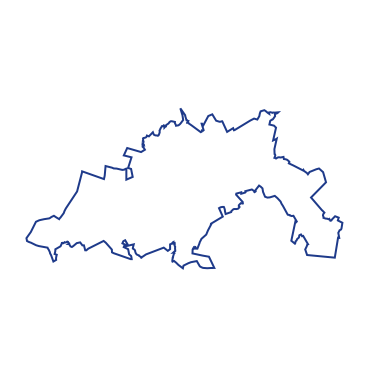 outline of Comitán de Domínguez, Chiapas, Mexico, rotated 281°
{"feature_id": "50627088B76182298000457", "entity_name": "Comitán de Domínguez", "entity_type": "district", "adm_level": 2, "iso_a3": "MEX", "parent_name": "Mexico", "parent_adm1": "Chiapas", "projection": "mercator", "projection_center": [-92.173, 16.291], "detail": "fine", "context": "isolated", "style": "outline", "palette": "blue", "viewbox_px": 384, "rotation_deg": 281, "n_neighbors": 0, "source": "geoboundaries", "source_scale": "gbopen_adm2", "svg_char_len": 6038}
<svg xmlns="http://www.w3.org/2000/svg" viewBox="0 0 384 384"><g transform="rotate(281 192 192)"><path d="M286.7,261.5L285.7,258.1L285.5,256.4L285.1,256.0L285.3,253.8L284.7,252.3L284.4,252.4L283.5,252.8L284.1,251.4L284.3,251.3L284.4,250.8L285.6,248.7L286.1,247.4L284.3,244.0L282.2,243.6L279.3,243.6L275.6,242.3L275.9,238.9L273.2,235.5L260.9,222.0L260.6,221.4L262.5,220.2L257.7,215.0L267.2,208.2L267.1,207.8L266.4,206.4L266.2,205.6L266.6,202.1L272.1,197.1L269.7,193.5L259.3,190.3L261.0,188.8L260.9,188.4L255.9,191.1L254.9,191.2L254.8,191.5L254.3,191.2L254.3,190.0L253.2,190.1L252.4,189.2L257.4,178.7L259.3,174.3L259.2,174.0L259.3,174.0L259.8,174.9L260.2,174.6L261.0,174.8L261.0,174.2L261.5,173.6L261.4,172.9L265.4,170.8L266.0,170.7L271.9,164.6L265.5,168.0L261.0,169.6L257.1,167.7L256.0,167.0L254.9,166.0L254.0,163.7L254.5,163.5L256.5,162.0L257.5,161.9L257.6,159.0L257.5,157.9L257.2,157.4L256.2,156.5L255.6,156.3L254.6,155.7L253.0,154.1L252.4,153.8L251.4,153.9L250.9,153.2L249.9,152.6L251.8,152.1L251.7,151.7L251.9,151.5L251.1,150.9L251.0,150.1L250.8,149.8L250.1,149.7L248.2,148.9L247.1,148.8L246.2,148.4L244.6,148.9L243.8,148.8L243.1,148.8L242.5,148.6L241.6,148.5L241.0,148.2L240.7,147.7L240.9,147.4L240.8,147.0L240.6,145.3L240.8,144.0L241.4,143.3L243.2,142.2L238.4,139.1L238.8,137.0L237.5,136.8L236.8,136.3L236.2,135.3L235.7,134.0L235.5,133.8L235.0,133.7L234.4,134.0L233.6,134.1L232.8,134.0L232.7,134.6L232.7,134.4L232.1,134.5L232.2,134.8L231.9,134.9L229.7,134.5L229.8,134.7L229.5,135.0L229.5,135.5L229.4,135.6L229.2,135.5L228.7,135.8L228.7,135.2L228.3,135.2L228.6,134.8L228.0,135.0L227.8,134.5L227.9,135.1L227.4,135.3L227.4,135.6L227.1,135.6L226.8,135.2L226.0,136.4L224.5,137.7L221.5,134.4L222.8,120.0L214.9,118.1L214.5,126.0L203.4,124.7L203.0,127.8L195.5,130.9L191.6,125.2L202.4,123.1L202.0,122.3L201.0,121.2L200.4,119.4L200.6,113.5L200.2,110.7L200.6,108.9L201.0,102.2L191.3,103.2L187.9,103.1L191.3,80.2L190.0,80.3L170.6,79.1L151.8,71.3L149.1,70.5L146.7,70.1L141.7,67.7L140.9,67.1L140.0,66.8L141.3,63.3L142.3,61.0L140.6,58.7L139.7,57.9L138.9,57.0L137.1,52.0L135.5,48.3L135.0,47.3L133.0,44.5L121.9,41.4L115.1,38.3L112.4,39.4L111.8,41.5L111.5,43.6L110.0,49.1L109.7,52.0L109.8,60.8L109.3,61.1L107.8,62.5L105.9,63.9L104.7,64.4L103.0,65.8L97.3,69.2L99.4,71.6L100.3,71.3L102.1,71.1L104.6,71.2L104.9,69.0L107.8,69.1L109.7,68.8L113.6,73.3L116.6,74.0L116.9,74.2L117.2,74.1L117.4,74.6L117.1,75.3L117.3,75.7L118.4,76.5L118.2,77.1L118.4,77.6L118.7,78.3L119.5,79.0L119.4,79.8L118.3,80.5L118.2,81.2L118.0,81.3L117.3,80.6L117.4,81.4L115.4,83.1L115.1,84.6L116.2,85.7L119.8,88.6L121.2,91.8L118.7,94.6L119.0,96.1L114.4,98.3L114.6,99.4L116.6,101.0L127.1,114.6L125.8,117.0L120.2,124.3L117.5,125.0L117.0,126.7L114.4,144.6L114.6,145.6L116.6,144.9L117.6,144.4L118.8,142.2L123.7,140.2L124.9,135.5L127.7,136.1L128.3,133.5L130.3,133.9L130.7,134.1L131.9,135.6L128.5,138.6L127.2,137.1L126.8,136.9L126.3,137.0L126.2,137.2L126.2,137.5L129.5,144.8L126.1,144.6L125.2,144.7L124.4,146.6L123.4,147.4L122.7,147.6L121.3,148.4L120.5,149.2L120.1,149.7L119.9,150.5L119.6,152.1L119.2,152.3L118.7,153.6L118.7,153.9L117.8,154.6L117.8,154.9L118.7,155.4L118.9,155.7L122.0,158.8L132.0,174.9L129.6,179.5L131.7,181.4L136.4,180.5L137.0,181.4L138.8,183.0L137.6,183.0L137.6,183.4L138.2,183.8L139.0,183.5L138.9,184.6L137.6,185.0L136.1,185.1L135.1,185.9L133.5,186.1L131.1,186.8L130.9,186.8L130.8,186.5L129.0,185.2L129.1,185.5L128.9,185.9L129.1,186.2L128.6,186.4L128.4,186.1L124.0,185.6L124.0,185.8L122.1,185.7L121.7,185.7L120.7,185.8L120.0,186.0L119.9,186.1L120.9,187.5L119.6,189.9L117.8,192.6L115.4,197.6L118.1,197.7L120.1,200.3L121.4,202.0L122.9,204.4L124.0,207.1L125.1,209.9L120.5,213.9L119.9,215.7L119.6,217.3L120.1,221.6L121.0,225.0L121.7,228.4L131.7,221.0L131.6,214.6L131.8,204.2L135.6,203.6L136.4,203.8L136.3,204.2L136.7,204.7L137.4,204.4L137.7,204.9L138.0,204.8L137.9,205.3L138.0,205.7L138.1,205.8L138.7,205.7L138.7,205.8L138.2,206.2L137.1,206.2L137.4,208.1L142.9,209.1L144.2,209.2L146.9,210.0L147.8,210.2L152.9,214.1L157.3,215.0L164.5,217.2L164.1,216.7L164.5,216.7L173.7,226.9L181.3,221.6L182.4,222.9L183.1,224.5L183.4,226.1L182.4,226.8L180.9,227.6L179.9,227.9L179.5,228.0L176.8,229.2L179.8,234.3L180.7,234.3L182.7,235.7L183.1,236.1L183.5,237.3L183.7,238.9L184.4,240.4L186.1,241.5L186.4,241.5L186.6,241.1L187.1,240.6L187.9,240.5L188.6,240.9L190.3,242.0L190.3,242.5L190.3,243.8L190.4,244.1L190.7,244.1L191.0,243.4L191.9,243.6L197.8,235.8L198.9,235.8L201.1,240.4L199.7,240.7L201.6,244.3L202.0,244.6L203.0,244.2L205.9,250.3L205.0,252.3L204.4,253.1L204.0,253.1L203.8,253.5L204.8,254.4L205.0,254.4L205.6,253.8L211.1,256.6L210.3,258.5L209.0,260.5L205.7,261.7L201.3,264.6L200.9,267.1L201.6,269.5L204.0,274.0L202.3,277.0L199.5,280.8L197.7,282.0L195.6,284.0L188.0,290.3L188.0,292.3L187.7,292.4L187.4,294.4L188.0,296.1L183.0,300.5L182.1,299.9L182.4,299.6L182.0,299.3L182.2,299.1L163.1,298.8L160.9,302.9L161.3,303.1L163.3,303.1L164.4,303.9L165.7,304.1L167.7,305.6L168.6,305.7L169.8,305.6L170.1,305.7L171.1,307.1L169.6,308.5L170.1,309.5L162.8,315.9L162.4,315.2L160.6,315.0L157.2,314.1L152.1,317.0L154.8,344.7L175.0,344.1L174.9,344.8L175.0,345.3L179.8,343.4L182.6,344.2L183.7,345.5L184.7,345.7L190.5,345.5L191.9,340.6L194.8,340.9L195.5,337.1L192.0,334.8L190.6,334.2L190.2,333.3L191.8,331.9L191.3,331.4L191.6,329.7L191.4,328.4L191.7,326.0L192.6,325.9L193.8,325.1L194.5,325.0L195.4,325.1L197.0,325.9L198.7,323.5L198.8,323.2L209.3,309.9L227.1,321.7L236.5,316.9L239.3,312.2L238.0,309.6L234.1,303.6L233.0,303.1L231.5,302.4L232.5,301.3L234.1,297.9L234.9,297.2L234.3,297.0L237.3,286.7L238.6,281.6L240.1,281.9L241.0,280.7L241.8,279.1L242.0,277.7L241.9,275.9L243.9,275.1L242.8,272.5L242.7,270.9L242.5,270.1L241.9,269.1L241.1,268.4L240.9,268.1L241.3,266.9L241.3,266.4L243.7,266.8L244.7,266.4L245.1,266.0L245.1,265.8L249.8,264.7L260.5,265.0L259.9,264.4L258.1,261.8L271.2,262.2L272.8,259.8L273.0,255.1L276.7,255.2L277.2,255.5L277.8,256.3L278.4,256.8L278.4,257.1L278.8,257.5L282.3,259.1L283.4,258.7L284.4,258.5L285.2,260.1L286.0,261.0L286.7,261.5Z" fill="none" stroke="#1e3a8a" stroke-width="2"/></g></svg>